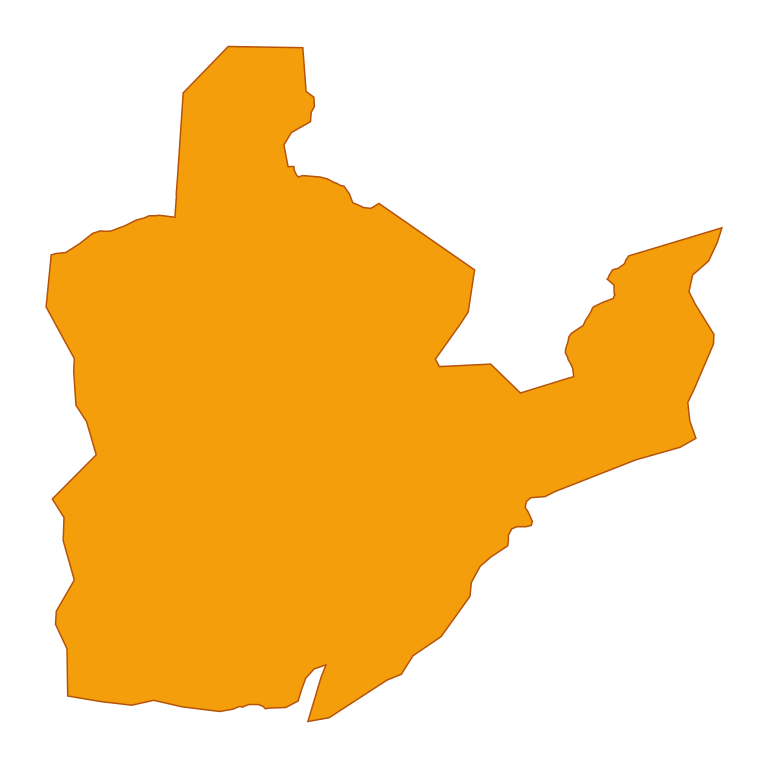 Djenne, Mopti, Mali
{"feature_id": "8926073B86660589431001", "entity_name": "Djenne", "entity_type": "district", "adm_level": 2, "iso_a3": "MLI", "parent_name": "Mali", "parent_adm1": "Mopti", "projection": "albers", "projection_center": [-4.481, 14.012], "detail": "fine", "context": "isolated", "style": "filled", "palette": "amber", "viewbox_px": 768, "rotation_deg": 0, "n_neighbors": 0, "source": "geoboundaries", "source_scale": "gbopen_adm2", "svg_char_len": 2372}
<svg xmlns="http://www.w3.org/2000/svg" viewBox="0 0 768 768"><path d="M721.9,227.8L628.7,255.9L625.8,260.1L624.7,263.4L623.1,264.8L619.3,267.4L618.3,268.4L615.3,269.0L612.5,269.9L609.8,274.2L608.6,276.5L608.4,277.8L607.1,279.1L610.5,282.0L612.0,283.3L614.0,285.3L614.1,291.6L614.1,293.3L615.0,294.7L614.0,296.1L613.3,298.5L612.5,298.7L605.8,301.2L602.6,302.5L593.4,306.9L592.2,308.6L591.1,311.5L587.4,317.5L585.9,319.6L583.2,325.5L576.0,330.2L571.1,333.6L570.5,334.6L568.9,336.8L567.9,342.0L565.5,349.5L565.4,353.0L567.5,356.9L568.2,359.7L570.4,363.3L572.7,368.3L573.7,376.7L568.2,378.2L520.4,393.0L506.0,379.0L490.7,364.1L439.4,366.6L435.4,359.1L460.3,324.1L468.2,312.0L474.6,269.9L378.9,203.4L374.5,206.2L371.8,207.9L370.5,208.3L369.5,208.2L369.4,208.2L363.2,207.5L362.7,207.1L361.5,206.5L352.8,202.7L351.3,199.0L350.7,197.3L349.5,194.1L344.0,186.2L339.7,185.2L338.1,184.1L336.6,183.2L335.1,182.9L333.8,182.3L327.7,179.0L320.1,177.0L302.9,175.6L301.3,176.0L299.4,176.6L298.6,177.1L296.5,175.1L294.1,169.7L293.9,166.5L288.1,166.7L283.9,145.0L291.3,132.6L310.5,121.6L311.2,112.3L314.4,106.6L313.9,97.2L306.1,91.5L302.8,47.7L228.2,46.5L183.2,92.9L178.0,170.2L176.2,194.8L176.5,195.1L174.9,217.3L168.5,216.4L160.9,215.5L159.4,215.2L156.2,215.7L149.0,215.8L143.8,218.1L136.4,220.0L124.6,225.9L110.6,231.1L105.6,231.3L100.3,230.9L92.7,233.3L79.8,243.5L65.8,252.5L55.4,253.6L51.6,254.9L51.2,254.8L51.2,255.0L46.1,306.9L65.3,342.2L74.3,358.5L73.7,371.5L76.0,405.3L86.6,421.7L96.2,454.8L52.3,499.0L64.0,517.5L63.2,540.7L74.3,580.0L56.3,611.2L55.5,624.2L67.0,648.9L67.7,696.0L84.8,698.9L101.6,701.7L131.9,705.2L153.6,700.3L182.5,706.9L219.8,711.5L232.8,709.2L239.6,706.4L242.7,707.2L244.1,706.3L248.6,704.6L253.6,704.5L258.7,704.6L263.1,706.4L265.3,708.7L270.2,708.0L285.7,707.5L298.1,701.0L301.3,690.4L305.7,678.2L314.0,669.0L326.0,664.8L321.1,677.2L307.9,721.5L329.1,717.7L377.9,686.0L386.8,680.2L401.3,674.3L413.0,655.7L441.1,636.6L470.0,596.3L471.3,582.6L480.1,566.4L490.5,557.3L507.7,545.8L508.4,540.1L508.4,535.2L511.8,528.8L517.1,526.7L526.0,526.7L531.3,525.4L532.4,521.3L528.1,511.9L525.2,507.4L526.4,501.5L530.9,497.7L545.1,496.6L554.9,491.6L635.9,459.8L680.0,447.3L695.9,438.3L689.8,420.9L687.8,402.5L694.2,389.1L713.5,344.0L713.9,334.4L695.1,303.9L689.0,291.7L692.6,275.0L708.6,261.0L717.3,242.4L721.9,227.8Z" fill="#f59e0b" stroke="#b45309" stroke-width="1.5"/></svg>